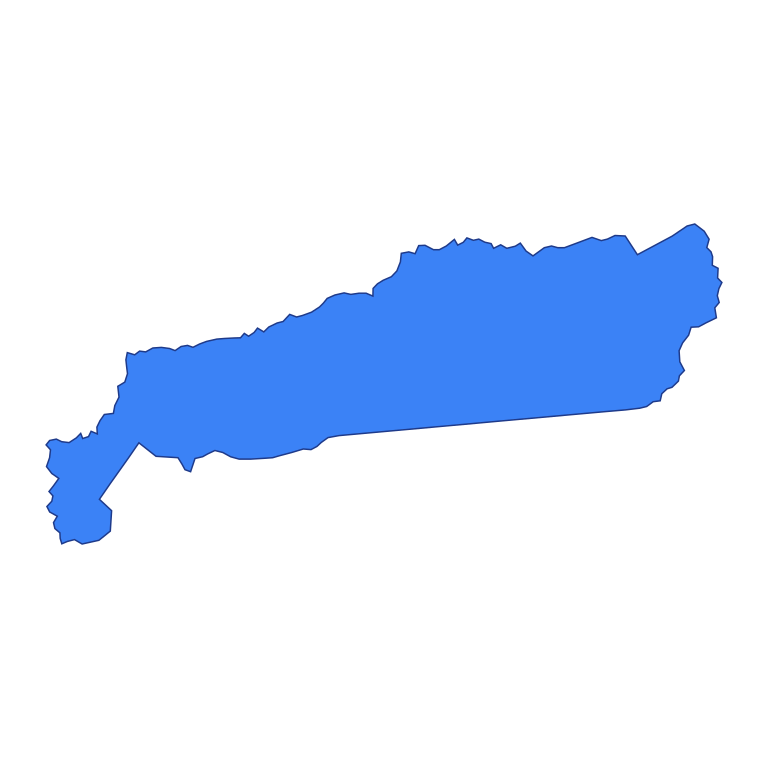 São Pedro da Cipa, Mato Grosso, Brazil (Albers equal-area conic projection)
{"feature_id": "56859067B41426508877483", "entity_name": "São Pedro da Cipa", "entity_type": "district", "adm_level": 2, "iso_a3": "BRA", "parent_name": "Brazil", "parent_adm1": "Mato Grosso", "projection": "albers", "projection_center": [-54.778, -15.968], "detail": "fine", "context": "isolated", "style": "filled", "palette": "blue", "viewbox_px": 768, "rotation_deg": 0, "n_neighbors": 0, "source": "geoboundaries", "source_scale": "gbopen_adm2", "svg_char_len": 2378}
<svg xmlns="http://www.w3.org/2000/svg" viewBox="0 0 768 768"><path d="M104.3,414.5L100.0,420.7L96.9,427.1L97.3,433.9L91.1,431.3L88.5,436.6L82.7,438.5L80.7,433.4L76.3,437.9L69.1,442.6L61.7,441.7L56.3,439.1L49.6,440.5L46.1,444.9L50.5,449.8L49.6,457.7L46.5,466.6L51.8,473.5L58.8,478.4L53.5,485.8L49.0,491.5L52.9,495.9L51.8,501.2L46.9,506.5L49.7,512.0L57.3,516.2L53.5,522.6L54.9,528.6L59.9,532.8L60.2,538.5L61.8,543.8L67.5,541.4L74.5,539.6L82.1,544.0L98.9,540.3L110.3,531.1L111.6,510.7L99.4,499.3L110.5,483.2L128.4,458.0L132.2,452.5L138.9,442.8L156.0,456.3L178.0,457.7L182.0,464.2L185.0,469.7L190.6,471.7L195.0,458.5L202.7,456.7L207.7,453.9L214.9,450.5L222.8,452.5L230.7,456.8L239.1,459.1L250.9,459.1L264.1,458.3L272.7,457.7L279.6,455.7L291.7,452.5L303.3,449.0L311.0,449.6L317.0,446.4L321.2,442.5L328.0,437.6L339.0,435.6L480.9,422.8L500.6,421.0L605.4,411.6L625.4,409.9L639.7,408.2L646.7,406.5L653.2,401.7L660.2,400.8L661.8,393.7L667.1,388.8L672.0,387.3L678.4,381.1L679.4,375.8L684.4,370.5L679.8,361.8L679.1,350.7L682.6,342.9L688.6,335.2L691.1,327.2L698.6,326.8L705.9,322.9L716.4,317.8L714.8,307.8L719.2,302.5L717.3,295.7L718.9,288.6L721.9,282.5L717.6,278.0L718.1,268.3L712.3,265.3L712.6,256.7L711.0,251.8L706.8,247.6L709.1,239.2L704.2,231.2L694.8,224.0L687.1,226.0L672.2,236.1L637.4,254.7L625.2,236.0L615.0,235.5L607.4,239.1L601.3,240.6L592.0,237.4L577.6,242.8L564.4,247.7L557.8,247.7L551.5,246.0L544.3,247.7L533.0,255.9L526.1,251.1L520.3,243.1L515.3,246.2L506.8,248.3L500.7,244.8L493.6,248.3L491.1,243.6L484.8,242.2L478.8,239.1L473.4,240.3L466.9,237.9L463.3,242.3L457.7,245.1L454.4,239.4L446.3,246.0L439.3,249.7L433.5,249.7L425.0,245.3L418.7,245.6L415.1,253.7L408.8,251.9L401.3,253.3L400.4,261.9L396.9,270.9L391.4,276.7L383.1,280.3L377.5,283.8L373.1,288.4L372.9,296.1L366.1,293.2L359.1,293.2L350.8,294.4L344.1,292.9L334.9,295.0L327.2,298.4L323.3,303.2L319.5,307.0L311.5,312.2L302.4,315.5L296.6,317.0L289.7,314.4L283.1,321.5L277.1,323.0L268.8,327.0L263.8,331.9L257.5,328.1L254.1,332.5L248.6,336.2L244.3,333.4L240.5,337.8L233.8,338.0L224.2,338.5L216.8,339.1L206.6,341.4L199.6,344.0L193.0,347.3L187.5,345.4L181.1,346.5L175.1,350.6L169.6,348.5L161.4,347.4L152.8,348.0L145.7,351.9L139.6,351.1L134.7,354.8L127.3,352.6L125.9,359.8L126.6,366.4L127.5,373.7L124.8,382.1L117.8,386.3L119.0,397.1L114.8,405.6L113.4,413.4L104.3,414.5Z" fill="#3b82f6" stroke="#1e3a8a" stroke-width="1.5"/></svg>